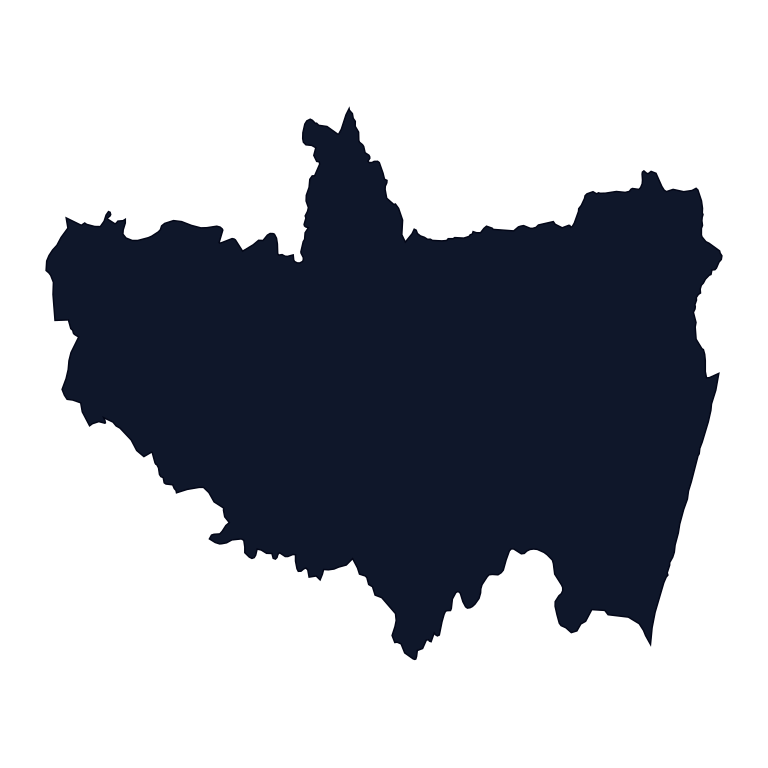 Vohipeno, Vatovavy-Fitovinany, Madagascar
{"feature_id": "10022922B81120329184352", "entity_name": "Vohipeno", "entity_type": "district", "adm_level": 2, "iso_a3": "MDG", "parent_name": "Madagascar", "parent_adm1": "Vatovavy-Fitovinany", "projection": "equal_earth", "projection_center": [47.681, -22.341], "detail": "fine", "context": "isolated", "style": "filled", "palette": "ink", "viewbox_px": 768, "rotation_deg": 0, "n_neighbors": 0, "source": "geoboundaries", "source_scale": "gbopen_adm2", "svg_char_len": 6096}
<svg xmlns="http://www.w3.org/2000/svg" viewBox="0 0 768 768"><path d="M349.1,108.6L346.0,114.8L341.3,129.3L338.6,134.2L337.8,134.2L327.0,126.5L318.7,125.3L316.6,123.2L315.5,123.5L312.4,120.3L310.2,119.2L306.8,120.9L304.8,124.1L302.9,132.6L302.7,138.5L303.4,142.2L305.9,144.8L311.7,145.4L315.8,147.7L313.8,155.4L316.7,161.4L319.2,161.8L319.7,164.1L314.6,175.8L312.2,175.9L309.8,179.3L309.1,187.3L306.3,195.3L306.1,201.0L308.4,207.6L307.5,211.4L305.2,215.9L305.9,218.1L304.1,224.4L304.5,225.9L305.7,226.9L308.4,227.7L305.1,232.8L304.6,239.3L303.2,241.7L300.9,251.7L301.0,253.0L303.3,257.6L303.3,259.6L302.7,261.4L299.7,263.0L297.2,262.9L294.5,261.5L293.7,259.9L293.2,254.9L287.5,256.4L285.0,256.2L282.1,254.6L278.6,255.1L277.7,253.6L277.4,244.0L276.5,238.2L274.4,234.2L273.0,233.6L270.1,233.5L267.4,235.1L263.0,240.5L258.6,240.3L253.2,244.8L242.6,251.2L235.4,239.9L234.1,239.0L232.1,238.6L222.1,242.5L219.7,243.2L219.1,242.6L222.8,230.1L222.2,228.9L220.1,227.1L216.8,226.2L206.9,227.7L200.9,227.9L191.4,225.4L181.6,221.6L173.5,220.6L164.7,223.4L161.6,225.9L160.4,229.7L158.3,231.9L151.7,236.2L148.3,237.7L137.7,240.5L132.3,240.5L126.0,238.0L122.9,234.1L123.2,229.9L125.3,223.0L125.3,219.3L123.0,220.7L117.9,221.1L116.2,223.2L114.9,223.8L107.5,219.0L107.4,218.1L109.9,216.1L110.7,214.6L110.1,212.3L108.5,211.6L106.1,215.0L104.1,221.2L100.3,226.6L94.7,226.5L86.7,224.4L84.7,223.0L81.3,225.3L66.2,217.9L67.9,228.1L61.1,237.4L56.9,245.3L52.6,250.0L49.0,255.5L46.7,261.0L46.1,270.5L48.8,272.8L50.7,275.3L53.4,282.3L53.0,294.5L55.0,320.4L68.4,319.9L70.8,328.6L72.7,330.3L73.4,333.1L74.4,334.4L78.7,337.0L71.0,352.6L69.0,360.6L68.2,369.6L66.1,378.6L62.1,389.4L64.4,395.2L67.1,399.3L72.6,400.0L80.7,402.8L82.3,411.9L89.6,425.8L92.4,423.7L98.8,421.6L104.9,423.2L105.4,422.8L104.9,420.4L103.6,417.6L113.0,422.1L116.1,425.9L120.0,428.1L131.2,440.0L136.7,450.5L143.9,456.6L151.6,452.1L152.2,452.4L155.0,462.8L155.8,464.2L156.6,464.4L158.5,467.8L159.5,474.5L160.9,476.6L163.2,477.6L164.2,482.8L165.9,484.0L172.7,484.8L174.3,488.6L176.0,490.4L176.5,492.8L187.2,489.4L199.0,487.4L203.5,487.4L208.9,492.6L214.1,501.9L223.6,508.0L223.5,510.4L224.7,516.8L229.3,522.6L225.9,525.5L222.1,531.4L219.8,533.9L213.9,534.3L211.5,535.1L209.4,538.9L215.2,542.5L219.6,543.9L221.9,543.7L226.6,542.8L231.9,539.9L241.3,538.9L243.8,540.3L244.8,547.0L244.8,552.7L249.3,557.1L251.9,558.4L254.2,557.6L255.7,555.1L257.1,549.1L261.2,550.0L266.5,553.3L271.9,553.5L273.2,558.3L275.4,559.1L277.0,557.5L277.9,554.4L279.5,552.7L285.2,556.5L287.9,556.5L292.8,554.5L295.5,554.7L295.5,561.1L297.0,568.8L298.3,571.3L301.0,571.2L303.6,569.0L305.9,568.0L307.8,569.9L309.1,577.1L316.2,576.0L320.1,579.9L322.4,574.2L323.6,569.5L328.4,569.8L334.1,569.0L338.6,567.1L346.3,565.0L352.6,558.6L357.5,567.9L359.5,574.1L365.4,576.0L366.9,577.7L368.7,584.5L372.5,586.7L375.1,595.1L381.7,597.6L395.5,613.6L396.2,620.5L395.0,626.5L392.1,635.5L394.8,642.5L397.2,642.2L401.1,643.9L404.7,652.9L413.2,658.9L414.8,659.4L415.8,659.0L416.6,656.3L417.3,650.5L422.6,648.5L426.3,640.1L428.5,639.7L429.4,641.1L431.1,641.7L434.2,632.9L435.4,634.7L437.4,635.9L439.3,635.0L442.0,621.7L444.1,614.3L445.3,611.7L446.5,610.7L450.5,610.5L451.3,608.6L452.4,599.0L455.9,592.5L457.9,591.5L459.3,592.2L460.4,593.5L462.9,601.7L465.6,606.8L467.4,608.1L470.1,607.7L472.4,606.5L475.0,604.1L479.0,598.5L480.6,592.9L480.8,588.9L482.0,584.7L487.1,576.9L489.0,574.8L492.3,574.4L498.0,574.8L501.2,572.7L503.3,570.1L506.1,560.0L509.4,550.8L511.4,548.8L513.8,549.0L521.3,553.8L524.3,553.4L526.9,551.0L529.9,549.5L533.6,549.0L537.3,549.4L544.0,552.4L547.2,554.8L552.4,560.1L553.4,563.7L554.7,574.1L561.6,585.0L562.7,587.5L562.7,590.7L561.4,593.6L558.9,595.8L555.2,601.6L555.1,606.3L557.0,614.8L559.3,623.2L561.1,625.6L565.8,627.7L571.3,632.6L576.9,630.9L580.8,624.0L585.6,621.3L591.8,609.6L604.8,610.4L608.1,614.7L628.3,617.1L639.2,623.7L643.5,630.4L645.6,635.6L650.5,644.4L652.1,627.7L655.1,612.3L663.8,582.7L666.2,577.1L667.9,575.1L667.2,572.8L669.7,565.1L669.7,562.6L672.7,557.2L674.3,552.2L675.1,545.0L678.3,533.0L679.7,524.2L683.7,509.4L687.4,499.1L688.5,490.9L691.3,481.8L698.0,455.8L699.2,453.8L699.8,448.4L702.2,442.1L708.3,421.8L710.9,410.3L711.5,403.9L715.8,390.2L718.8,373.4L709.3,377.7L706.5,377.9L705.3,371.6L705.3,360.6L704.7,354.3L703.4,349.6L701.9,348.7L696.1,339.2L695.2,327.0L696.0,322.5L693.4,312.3L695.0,309.0L695.3,306.6L694.9,304.7L696.5,300.1L696.3,297.5L698.4,294.4L700.5,293.0L700.2,289.1L701.3,285.3L703.4,283.0L705.4,279.2L709.2,275.2L711.0,274.5L711.9,270.0L714.9,269.7L716.4,268.1L719.0,262.1L721.3,259.5L721.9,255.8L720.2,253.2L719.6,250.9L709.0,243.2L705.9,241.7L702.0,236.9L701.4,235.0L701.4,228.4L702.5,225.4L701.9,220.8L702.2,217.2L703.0,214.6L702.3,212.8L702.5,208.3L701.5,200.9L697.9,190.0L696.1,188.3L692.0,190.5L683.7,191.7L673.1,189.4L666.4,191.6L664.2,190.2L661.8,186.4L656.0,173.3L651.1,171.4L648.3,173.6L646.8,173.4L643.9,170.9L642.4,172.1L642.1,174.1L642.5,180.1L642.2,183.8L640.6,187.6L638.9,189.4L632.4,188.5L630.9,189.3L629.4,191.4L625.2,192.4L616.4,191.5L605.3,193.2L600.0,193.3L598.6,192.8L596.5,193.8L593.0,191.7L587.0,193.8L585.1,195.7L584.5,198.5L581.3,205.4L578.7,208.7L578.5,211.4L574.3,223.1L572.5,226.2L570.8,227.4L569.8,225.5L568.8,225.3L562.2,227.8L555.2,224.3L553.3,221.6L538.4,225.0L536.0,227.4L532.5,228.4L530.2,228.3L523.6,225.6L520.9,226.1L518.4,226.9L513.7,230.9L493.2,229.4L492.2,228.2L486.5,226.2L483.9,228.4L480.5,232.8L476.3,232.7L473.1,231.6L472.3,234.0L470.1,234.9L469.1,236.4L463.8,238.1L454.7,237.6L453.1,238.7L448.2,238.7L446.7,240.5L441.8,240.9L432.3,240.4L430.4,239.2L427.5,239.3L424.4,237.3L420.4,235.9L417.4,233.5L416.2,230.2L414.2,229.2L412.1,233.7L405.3,242.1L401.8,234.7L402.6,220.1L398.6,208.4L395.4,204.0L393.8,204.5L386.7,198.2L385.1,189.4L385.3,186.2L386.8,182.8L387.0,180.4L384.5,179.2L383.0,173.1L379.3,162.6L377.6,161.3L374.1,161.4L372.1,162.5L369.3,162.6L367.9,161.2L369.8,158.3L369.7,156.7L368.9,155.2L365.1,152.7L363.7,146.5L362.6,144.8L359.5,142.2L358.8,140.4L358.6,132.1L355.2,126.3L355.3,121.3L353.2,118.3L352.4,113.6L349.4,110.2L349.1,108.6Z" fill="#0f172a" stroke="#020617" stroke-width="1.5"/></svg>